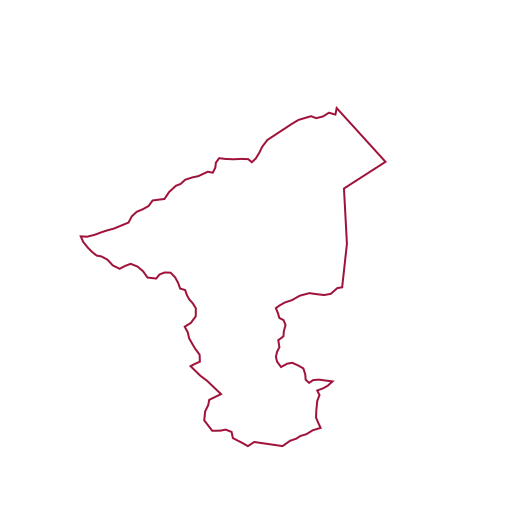 Nova Ibiá, Bahia, Brazil, rotated 36°
{"feature_id": "56859067B97752874047652", "entity_name": "Nova Ibiá", "entity_type": "district", "adm_level": 2, "iso_a3": "BRA", "parent_name": "Brazil", "parent_adm1": "Bahia", "projection": "mercator", "projection_center": [-39.584, -13.819], "detail": "fine", "context": "isolated", "style": "outline", "palette": "rose", "viewbox_px": 512, "rotation_deg": 36, "n_neighbors": 0, "source": "geoboundaries", "source_scale": "gbopen_adm2", "svg_char_len": 1961}
<svg xmlns="http://www.w3.org/2000/svg" viewBox="0 0 512 512"><g transform="rotate(36 256 256)"><path d="M305.4,103.7L281.5,98.7L234.3,88.9L237.1,94.9L230.8,97.2L228.2,103.7L223.7,109.1L218.4,110.5L210.4,120.9L207.3,128.1L197.0,155.4L196.8,164.0L198.0,170.6L198.5,177.4L197.5,182.6L192.8,182.2L186.9,186.2L180.9,191.0L174.0,195.6L168.7,198.5L168.7,204.1L171.1,208.3L172.1,214.0L167.5,216.1L164.7,221.1L162.4,225.3L158.5,229.6L153.9,235.9L152.6,242.1L149.9,246.3L148.1,255.3L148.4,263.7L144.3,267.5L139.7,271.9L139.7,278.7L137.0,284.6L133.5,290.4L132.2,296.9L133.2,303.9L128.7,311.2L124.9,317.4L120.9,322.3L117.3,327.2L113.0,333.7L108.0,339.7L102.7,343.1L108.0,346.2L115.1,348.1L121.2,349.1L126.9,349.3L131.2,347.2L138.0,346.3L145.6,347.8L153.2,346.5L155.9,341.0L159.2,336.0L166.3,334.2L173.5,334.7L180.9,337.2L188.5,332.9L188.8,327.7L191.7,323.1L196.7,319.7L203.1,320.8L208.9,323.6L213.7,326.9L218.7,325.2L223.2,328.3L227.6,330.4L232.6,331.4L238.1,333.7L242.7,340.2L242.6,348.5L239.9,355.1L245.7,357.9L250.3,361.9L255.8,364.4L261.1,366.7L268.4,369.0L272.7,374.5L269.9,379.3L267.8,383.6L281.5,385.6L289.7,385.7L308.9,388.3L305.4,394.8L302.7,399.9L305.0,404.7L306.2,411.6L310.7,419.4L323.3,423.1L329.9,418.2L333.5,414.3L339.7,412.7L344.3,416.9L349.6,416.1L354.6,415.3L361.2,414.6L363.9,407.5L389.2,394.2L392.2,385.4L395.9,380.2L397.7,375.5L401.4,370.7L404.3,363.7L409.3,357.1L404.8,354.6L399.5,351.4L395.6,345.5L390.8,337.4L389.1,331.2L384.6,328.8L388.2,323.4L390.3,318.7L391.6,312.5L379.5,319.1L375.2,322.8L373.5,327.4L368.9,326.9L365.4,322.8L360.4,319.1L354.4,319.8L348.1,321.1L344.6,324.7L341.5,331.1L335.2,329.1L331.4,325.9L329.3,321.0L328.6,316.1L323.5,311.0L325.4,304.9L322.6,300.2L320.5,294.5L316.0,291.7L311.3,292.4L307.4,289.4L302.7,286.5L304.2,282.0L306.7,276.6L311.0,270.6L314.8,262.3L321.1,254.6L327.6,251.2L334.1,247.5L338.7,242.7L340.7,234.1L344.1,230.7L322.4,192.7L287.5,149.7L305.4,103.7Z" fill="none" stroke="#9f1239" stroke-width="2"/></g></svg>